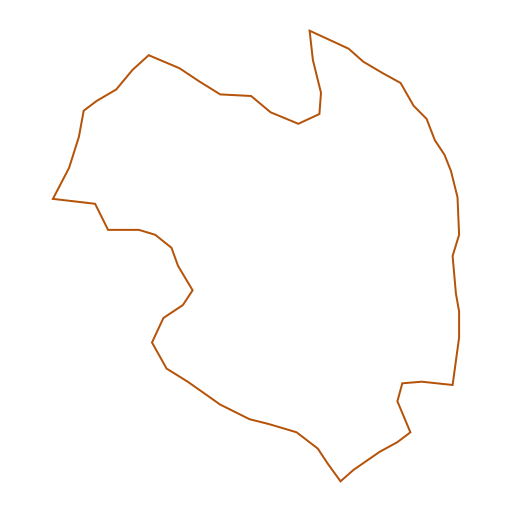 the district of Pyrga Ammochostou, Cyprus
{"feature_id": "46923920B31691504288871", "entity_name": "Pyrga Ammochostou", "entity_type": "district", "adm_level": 2, "iso_a3": "CYP", "parent_name": "Cyprus", "parent_adm1": "", "projection": "mercator", "projection_center": [33.722, 35.186], "detail": "fine", "context": "isolated", "style": "outline", "palette": "amber", "viewbox_px": 512, "rotation_deg": 0, "n_neighbors": 0, "source": "geoboundaries", "source_scale": "gbopen_adm2", "svg_char_len": 838}
<svg xmlns="http://www.w3.org/2000/svg" viewBox="0 0 512 512"><path d="M52.9,198.9L95.1,203.8L108.1,229.9L139.0,229.9L155.2,234.8L171.5,247.8L178.0,265.8L192.6,290.3L182.9,305.0L163.4,318.0L152.0,342.5L166.6,368.6L187.7,381.7L220.2,404.6L249.5,419.2L269.0,424.1L296.6,432.3L317.8,448.6L327.5,463.3L340.5,481.3L353.5,469.9L379.5,451.9L397.4,442.1L410.4,432.3L397.4,401.3L402.3,383.3L421.8,381.7L452.6,385.0L459.1,337.6L459.1,311.5L455.9,293.5L452.6,256.0L459.1,234.8L457.5,197.2L451.0,171.1L444.5,154.8L434.8,140.1L426.6,118.9L413.6,105.8L400.6,83.0L382.8,73.2L363.3,61.7L348.6,48.7L309.6,30.7L312.9,60.1L321.0,92.8L319.4,114.0L298.3,123.8L270.6,112.3L251.1,96.0L220.2,94.4L199.1,81.3L179.6,68.3L148.7,55.2L132.5,69.9L116.2,89.5L96.7,100.9L83.7,110.7L78.9,136.8L69.1,167.8L52.9,198.9Z" fill="none" stroke="#b45309" stroke-width="2"/></svg>